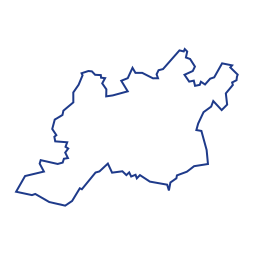 Zhelino, Želino, North Macedonia, rotated 102°
{"feature_id": "65306769B31253280068655", "entity_name": "Zhelino", "entity_type": "district", "adm_level": 2, "iso_a3": "MKD", "parent_name": "North Macedonia", "parent_adm1": "Želino", "projection": "equal_earth", "projection_center": [21.113, 41.927], "detail": "fine", "context": "isolated", "style": "outline", "palette": "blue", "viewbox_px": 256, "rotation_deg": 102, "n_neighbors": 0, "source": "geoboundaries", "source_scale": "gbopen_adm2", "svg_char_len": 1376}
<svg xmlns="http://www.w3.org/2000/svg" viewBox="0 0 256 256"><g transform="rotate(102 128 128)"><path d="M213.6,224.2L213.6,208.0L211.8,205.0L216.8,189.6L217.0,173.3L211.0,167.5L197.0,162.6L197.5,160.4L178.3,150.5L176.4,146.9L167.0,140.3L175.0,134.3L171.5,124.5L174.4,119.8L171.2,117.6L174.8,114.8L172.2,110.9L175.4,108.9L171.6,106.5L175.9,95.5L175.3,77.9L180.6,75.0L172.5,75.2L167.1,70.2L164.2,70.3L158.5,61.3L151.6,55.4L146.6,42.3L133.2,46.5L115.6,55.6L115.8,60.7L109.1,60.3L96.8,57.4L89.8,51.1L83.9,50.2L91.0,40.1L84.5,35.9L73.8,39.5L64.1,34.4L61.8,35.6L58.7,31.8L55.2,32.1L53.0,31.8L47.5,40.5L45.1,39.2L45.2,49.4L60.5,54.2L62.7,57.9L69.4,61.7L67.6,66.3L70.9,66.8L72.8,71.2L68.0,73.5L69.9,77.8L64.2,83.8L58.8,76.5L54.0,75.3L47.6,81.6L47.0,86.0L40.9,86.0L39.0,88.9L41.5,89.4L41.4,93.8L63.1,106.0L65.1,110.1L69.5,111.2L73.1,109.0L74.2,113.9L71.1,125.6L72.5,132.2L68.2,136.1L79.3,138.6L83.2,144.4L92.2,135.9L99.3,149.7L101.6,155.9L94.7,157.2L89.7,162.5L84.0,160.8L84.4,164.8L81.9,165.6L82.8,171.2L80.1,175.1L80.5,178.6L84.1,184.8L85.9,183.4L96.0,185.3L104.6,188.9L114.3,186.8L124.5,194.8L128.9,194.8L135.0,201.4L144.7,201.9L149.9,196.6L151.9,198.2L156.2,196.4L154.6,184.5L159.4,185.2L160.5,182.2L165.1,184.3L169.9,180.5L171.4,184.3L175.4,184.7L177.8,189.3L177.6,206.7L181.2,207.0L188.1,201.2L196.4,218.7L213.6,224.2Z" fill="none" stroke="#1e3a8a" stroke-width="2"/></g></svg>